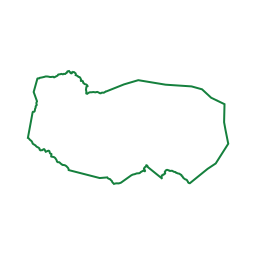 the district of Guata, Olancho, Honduras, rotated 286°
{"feature_id": "27666195B45988200529008", "entity_name": "Guata", "entity_type": "district", "adm_level": 2, "iso_a3": "HND", "parent_name": "Honduras", "parent_adm1": "Olancho", "projection": "natural_earth1", "projection_center": [-86.397, 15.161], "detail": "fine", "context": "isolated", "style": "outline", "palette": "green", "viewbox_px": 256, "rotation_deg": 286, "n_neighbors": 0, "source": "geoboundaries", "source_scale": "gbopen_adm2", "svg_char_len": 5249}
<svg xmlns="http://www.w3.org/2000/svg" viewBox="0 0 256 256"><g transform="rotate(286 128 128)"><path d="M71.2,82.6L72.1,114.6L74.8,121.7L74.4,122.1L74.2,122.4L74.2,122.5L74.0,123.1L73.9,123.9L73.9,124.4L73.8,125.1L73.4,125.5L73.1,126.0L72.9,126.5L72.6,127.0L72.4,127.3L71.8,127.7L71.5,128.0L70.4,129.9L70.5,130.0L70.7,130.4L71.0,130.8L71.3,131.4L71.8,132.6L72.0,133.9L72.3,134.4L72.6,135.1L73.0,135.6L73.5,136.3L83.4,144.2L84.5,145.4L85.6,147.4L85.9,147.7L86.2,148.2L86.6,148.6L86.7,148.8L87.1,149.8L87.5,151.0L87.8,151.5L88.1,151.8L89.3,152.5L89.6,152.9L90.6,153.8L90.7,154.0L91.1,154.3L91.4,154.7L91.4,154.8L91.4,155.0L91.1,155.5L91.0,155.8L91.1,156.1L91.4,156.2L91.5,156.1L91.8,156.0L92.3,155.5L92.8,155.2L93.2,154.6L93.4,154.5L93.6,154.5L94.2,154.8L94.8,154.9L95.8,155.7L96.0,155.8L96.6,155.9L97.1,155.8L97.3,156.0L97.3,156.3L97.2,156.5L97.0,156.9L96.8,157.2L96.5,157.5L96.0,157.6L89.0,174.2L89.2,174.3L89.3,174.2L89.6,174.0L89.9,173.8L90.3,173.6L91.3,173.7L91.7,173.6L92.1,174.4L92.3,174.5L92.7,174.5L92.9,174.6L93.0,174.7L93.1,175.0L93.3,175.4L94.1,175.7L94.1,175.8L94.2,176.0L94.4,176.2L94.5,176.2L94.8,176.2L95.2,175.8L96.0,175.5L96.3,175.7L96.6,175.8L96.8,175.8L97.1,175.8L97.6,176.0L98.3,176.7L98.5,177.0L98.6,177.6L98.6,178.1L98.4,178.8L98.5,179.1L98.5,179.5L98.3,179.9L98.3,180.2L98.5,180.7L98.9,181.7L99.0,182.0L99.0,182.4L98.9,182.9L98.6,183.8L98.6,184.1L98.6,184.7L98.7,185.4L98.7,185.7L98.6,186.0L98.5,186.3L98.2,186.6L98.2,187.8L98.1,188.2L98.1,188.6L98.1,188.8L98.2,189.7L98.2,190.1L97.7,191.3L97.7,191.8L97.6,192.2L97.3,192.3L96.9,192.7L96.8,192.8L96.7,193.2L96.5,193.6L96.4,193.9L95.9,194.2L95.7,194.3L94.9,195.8L94.6,196.7L94.5,197.0L94.4,197.3L94.4,197.5L94.4,197.9L94.4,198.4L94.3,198.6L94.2,198.9L94.1,199.1L93.7,199.4L93.1,200.2L92.9,200.4L92.4,200.7L92.2,201.0L92.0,201.3L91.9,201.9L91.9,202.4L92.0,202.7L110.7,215.8L118.1,222.1L140.5,228.7L153.3,222.1L160.0,218.8L177.5,214.2L180.0,199.6L185.6,188.5L185.5,177.6L180.0,152.2L176.8,124.7L168.8,112.1L157.2,97.1L157.1,96.8L157.1,96.7L156.8,96.5L156.4,96.1L155.8,95.5L155.6,95.4L155.4,95.2L155.2,94.8L155.1,94.5L155.1,94.1L154.6,92.9L154.5,92.7L154.2,92.5L153.9,92.3L153.8,92.0L153.7,91.7L153.7,91.3L153.8,90.9L154.0,90.0L154.1,89.5L154.2,88.9L154.2,88.5L153.8,87.7L153.4,87.1L153.3,86.7L153.2,86.3L153.1,85.2L153.0,84.7L152.7,84.0L152.4,83.4L152.0,82.0L151.8,81.6L151.6,81.1L151.3,80.8L150.3,79.8L150.1,79.7L149.9,79.6L149.7,79.5L149.6,79.3L149.6,79.1L149.7,78.8L149.7,78.4L149.8,78.3L150.8,78.1L151.7,77.9L152.4,77.5L153.0,77.1L153.5,77.0L155.1,76.8L155.6,76.7L156.0,76.7L156.3,76.8L156.6,77.1L156.8,77.4L157.0,77.6L157.4,77.4L157.8,77.0L158.3,75.8L158.3,75.5L158.3,74.6L158.3,74.2L158.4,73.8L158.8,73.4L158.9,73.1L159.0,72.6L159.2,72.4L160.3,71.9L160.5,71.7L160.6,71.4L160.6,71.0L160.3,69.9L160.3,69.7L160.5,69.6L160.9,69.6L161.4,69.6L161.6,69.6L161.8,69.3L162.2,69.0L162.6,68.7L163.0,68.3L163.3,67.9L163.5,67.6L163.6,67.4L163.5,67.0L163.5,66.6L163.5,66.3L163.6,66.0L164.1,65.3L164.2,64.9L164.2,64.4L164.3,64.0L164.4,63.1L165.1,63.1L165.4,63.0L165.7,62.8L166.1,62.5L166.2,62.2L166.4,61.7L166.8,61.0L166.8,60.7L166.7,60.5L166.7,59.6L166.4,59.5L166.1,59.2L166.0,58.8L165.9,58.6L165.4,58.7L165.1,58.8L165.0,58.7L164.9,58.4L164.9,58.0L165.0,57.6L165.7,57.1L165.8,56.8L165.8,56.4L165.9,56.1L166.2,55.9L166.4,55.7L166.5,55.6L166.4,55.4L165.7,54.2L165.4,54.1L164.7,54.0L164.2,53.9L163.8,53.6L163.6,53.2L163.2,53.0L162.9,52.9L162.7,52.8L162.6,52.5L162.3,51.3L162.0,50.9L161.7,50.7L161.6,50.3L161.7,49.3L161.6,49.0L161.5,48.8L160.9,47.8L160.2,46.3L160.1,46.2L159.9,46.1L159.4,46.0L159.1,45.9L158.7,45.6L158.3,45.2L158.0,44.7L157.6,44.5L157.3,44.2L156.7,43.4L156.3,43.0L156.3,42.9L156.6,42.2L156.6,41.9L156.2,40.8L155.9,40.2L155.5,38.9L155.5,38.3L155.4,37.0L155.2,35.9L154.8,34.6L154.6,34.2L154.2,33.7L153.7,32.8L153.4,32.3L152.6,30.8L152.4,30.3L152.2,30.0L151.8,29.2L151.7,29.2L151.1,28.8L150.9,27.9L150.8,27.6L150.7,27.5L150.5,27.3L136.6,27.4L128.7,33.1L128.4,33.2L127.5,33.0L127.1,33.0L126.7,33.1L126.0,33.3L125.7,33.4L125.3,33.7L125.1,33.9L124.8,33.9L124.6,33.8L123.5,33.3L123.2,33.3L122.2,33.6L121.9,33.6L121.4,33.5L121.1,33.4L120.7,33.4L120.0,33.5L119.2,33.6L118.3,33.6L118.0,33.4L117.7,33.2L117.4,32.2L117.2,32.1L116.9,32.0L116.7,32.0L90.9,34.5L90.9,35.0L90.7,35.4L90.3,36.0L89.7,36.8L89.2,38.0L89.0,38.5L88.8,38.9L88.4,39.3L87.8,40.0L87.3,40.3L86.9,40.5L86.6,40.9L86.5,41.3L85.7,44.0L85.3,44.5L85.1,44.8L85.0,45.0L84.7,45.9L84.6,46.7L84.4,47.4L84.1,48.2L84.0,48.4L83.8,48.6L82.9,49.0L82.6,49.5L82.4,49.9L82.4,50.1L82.5,50.4L82.7,50.6L83.0,51.6L83.6,52.2L83.9,52.3L84.1,52.5L84.3,52.7L84.5,53.0L84.5,53.4L84.3,53.7L83.9,54.1L82.7,55.2L82.6,55.4L82.5,55.5L82.7,55.8L83.4,56.6L84.0,57.4L84.3,58.0L84.2,58.4L84.1,58.7L83.9,58.9L82.9,59.5L82.4,59.8L82.2,60.1L82.0,60.5L82.0,61.2L81.9,61.5L81.4,61.7L80.7,61.8L79.9,61.9L79.7,61.9L79.5,62.0L79.5,62.3L79.4,62.7L79.5,63.3L79.6,64.1L79.6,64.8L79.5,65.2L79.2,66.0L79.0,66.4L78.3,67.2L77.4,68.2L76.9,68.6L76.7,68.7L76.4,68.8L76.2,68.9L76.1,69.2L75.9,69.7L75.8,70.0L75.8,70.3L76.1,71.0L76.1,71.3L76.1,71.5L75.6,72.6L75.4,72.8L75.2,73.1L74.9,74.3L74.5,74.9L74.5,75.1L74.5,75.6L74.7,76.4L74.8,77.3L74.7,78.1L74.4,79.1L74.2,79.5L73.3,81.0L72.9,81.6L72.4,82.0L71.5,82.5L71.2,82.6Z" fill="none" stroke="#15803d" stroke-width="2"/></g></svg>